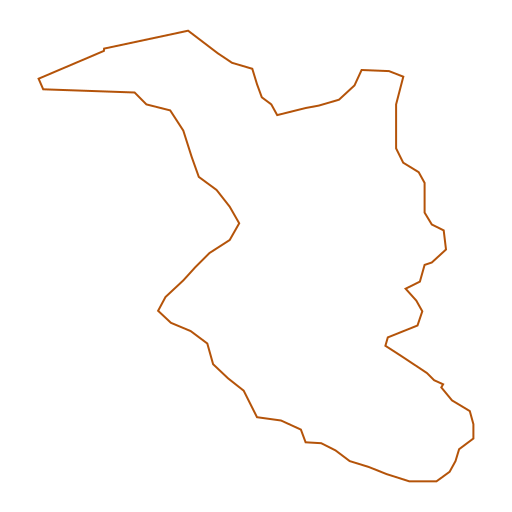 Katrineholm, Södermanland, Sweden (Mercator projection)
{"feature_id": "70781695B59557682139675", "entity_name": "Katrineholm", "entity_type": "district", "adm_level": 2, "iso_a3": "SWE", "parent_name": "Sweden", "parent_adm1": "Södermanland", "projection": "mercator", "projection_center": [16.311, 59.03], "detail": "fine", "context": "isolated", "style": "outline", "palette": "amber", "viewbox_px": 512, "rotation_deg": 0, "n_neighbors": 0, "source": "geoboundaries", "source_scale": "gbopen_adm2", "svg_char_len": 1105}
<svg xmlns="http://www.w3.org/2000/svg" viewBox="0 0 512 512"><path d="M256.7,416.6L257.0,417.2L281.0,420.5L300.9,429.6L305.6,442.3L321.2,443.2L335.5,450.4L349.7,461.1L368.8,467.0L386.6,474.1L409.2,481.3L436.5,481.3L449.6,471.8L455.5,461.1L459.1,449.2L473.4,438.5L473.4,424.2L469.8,411.1L452.0,400.4L441.3,387.4L443.1,384.3L434.1,380.2L427.0,373.1L402.0,356.5L385.4,345.8L387.8,337.4L417.5,325.5L422.3,311.3L416.3,300.6L405.6,288.7L419.9,281.6L424.6,264.9L431.8,262.5L446.0,249.5L443.7,230.4L431.8,224.5L424.6,212.6L424.6,182.9L418.7,172.2L403.2,162.7L396.1,148.4L396.1,104.4L403.3,76.7L389.0,71.1L361.6,70.0L354.5,85.4L339.0,99.7L318.8,105.6L305.7,108.0L277.2,115.1L271.3,104.4L261.8,97.3L257.0,84.2L252.3,68.8L232.0,62.8L217.8,53.3L188.1,30.7L104.1,48.6L103.9,50.9L38.6,78.7L43.2,89.3L134.6,92.5L146.4,104.4L170.2,110.4L183.3,130.6L191.6,156.7L198.8,176.9L216.6,190.0L229.7,206.7L239.2,223.3L229.7,240.0L209.5,253.0L195.2,267.3L183.3,280.4L165.5,297.0L158.1,310.8L170.9,322.8L190.7,331.1L207.3,343.5L213.1,364.2L228.0,378.3L243.7,390.7L256.7,416.6Z" fill="none" stroke="#b45309" stroke-width="2"/></svg>